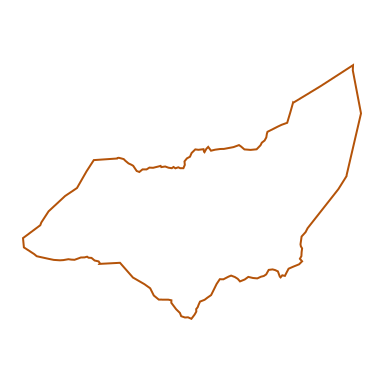 Foini, Limassol, Cyprus (Robinson projection)
{"feature_id": "46923920B60027378536738", "entity_name": "Foini", "entity_type": "district", "adm_level": 2, "iso_a3": "CYP", "parent_name": "Cyprus", "parent_adm1": "Limassol", "projection": "robinson", "projection_center": [32.817, 34.906], "detail": "fine", "context": "isolated", "style": "outline", "palette": "amber", "viewbox_px": 384, "rotation_deg": 0, "n_neighbors": 0, "source": "geoboundaries", "source_scale": "gbopen_adm2", "svg_char_len": 2025}
<svg xmlns="http://www.w3.org/2000/svg" viewBox="0 0 384 384"><path d="M99.5,263.9L120.0,262.8L133.0,277.6L134.1,278.2L144.3,284.1L150.2,288.3L153.8,295.5L158.8,299.6L168.5,299.7L171.4,300.3L171.3,302.8L176.2,309.3L179.9,312.9L181.2,316.2L185.0,317.5L188.0,317.3L191.4,318.8L194.6,314.6L196.3,311.6L196.2,309.1L197.7,307.2L198.5,305.0L200.0,301.6L204.6,299.8L207.5,297.6L211.1,295.1L214.1,289.1L216.6,284.0L219.8,279.2L223.4,279.3L228.6,276.6L231.1,275.6L234.8,277.0L237.7,278.8L240.0,281.4L244.7,279.5L248.3,276.9L253.0,278.0L257.3,278.4L261.0,276.7L263.8,276.0L266.2,274.4L268.7,269.9L272.6,269.4L275.2,270.1L277.9,271.4L279.8,276.6L280.6,277.4L282.3,275.3L284.9,275.9L286.7,272.3L288.6,268.7L293.4,266.6L299.1,264.3L302.1,261.3L299.9,258.8L301.4,256.1L301.6,252.2L302.1,248.4L300.9,246.4L300.5,244.3L301.6,236.5L305.6,232.1L307.6,228.2L338.4,189.1L346.6,176.0L346.6,175.2L361.0,113.4L352.8,70.4L353.0,65.2L320.5,86.2L293.3,102.7L293.1,102.5L290.3,112.4L287.2,122.8L281.6,124.8L277.6,126.7L267.5,131.8L266.9,133.7L266.3,137.4L264.6,140.5L261.8,142.7L260.5,145.3L256.6,149.3L250.5,149.9L244.4,149.4L240.9,146.4L239.0,145.1L233.5,147.1L224.0,148.9L220.2,149.0L215.1,149.7L211.0,150.7L208.2,146.9L206.3,148.9L204.5,152.2L204.0,151.7L203.5,149.2L198.4,149.8L195.3,149.4L191.6,153.0L190.0,156.7L186.9,158.4L184.5,161.4L184.8,164.9L183.4,168.2L180.2,168.2L178.3,167.3L175.4,168.3L173.5,167.0L171.8,168.2L168.5,167.7L165.2,166.5L161.3,167.1L160.6,165.9L158.8,166.4L153.1,167.8L149.4,167.6L146.6,169.4L142.5,169.4L139.3,172.0L136.7,171.0L133.2,165.8L131.5,164.8L128.5,163.4L125.4,160.8L123.7,159.1L121.2,158.4L118.8,157.8L117.5,158.0L117.2,158.5L93.8,160.1L86.5,171.4L77.0,188.0L65.1,196.0L48.6,211.3L41.3,222.5L40.3,225.2L23.0,238.1L23.9,247.4L34.2,254.1L36.7,256.2L40.2,257.0L43.9,257.8L48.9,258.9L53.8,259.9L59.9,260.3L63.3,260.1L68.4,259.2L71.2,259.6L74.5,259.8L77.3,258.8L80.8,257.5L84.5,257.4L87.1,256.7L88.5,257.7L91.5,257.9L94.6,260.5L98.6,261.4L99.9,263.3L99.5,263.9Z" fill="none" stroke="#b45309" stroke-width="2"/></svg>